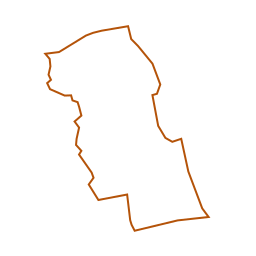 outline of Russell, Virginia, United States of America, rotated 278°
{"feature_id": "52423323B37698744608843", "entity_name": "Russell", "entity_type": "district", "adm_level": 2, "iso_a3": "USA", "parent_name": "United States of America", "parent_adm1": "Virginia", "projection": "equal_earth", "projection_center": [-82.083, 36.926], "detail": "fine", "context": "isolated", "style": "outline", "palette": "amber", "viewbox_px": 256, "rotation_deg": 278, "n_neighbors": 0, "source": "geoboundaries", "source_scale": "gbopen_adm2", "svg_char_len": 690}
<svg xmlns="http://www.w3.org/2000/svg" viewBox="0 0 256 256"><g transform="rotate(278 128 128)"><path d="M52.6,108.7L62.0,136.4L37.0,143.0L32.7,145.0L27.2,148.9L43.4,190.0L51.1,220.2L58.7,212.7L93.3,193.8L124.7,182.2L120.5,173.8L123.4,166.4L134.3,157.6L164.0,147.6L165.9,151.9L175.6,153.9L195.1,143.3L210.6,126.5L216.5,118.8L228.8,113.9L220.7,88.4L217.4,80.2L213.7,73.5L193.6,49.1L190.0,35.8L185.5,40.8L178.2,42.6L169.7,41.9L165.0,45.0L161.2,41.7L155.6,45.4L151.3,60.8L152.4,67.1L147.6,69.2L146.6,74.5L142.0,76.7L133.8,80.1L127.0,74.2L121.6,79.5L110.1,78.6L104.0,78.9L98.9,85.0L94.9,83.2L78.8,98.2L73.9,100.8L66.6,97.0L52.6,108.7Z" fill="none" stroke="#b45309" stroke-width="2"/></g></svg>